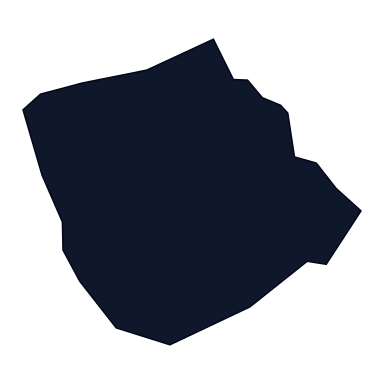 Kikwit, Bandundu, Democratic Republic of the Congo
{"feature_id": "63176286B32367911689095", "entity_name": "Kikwit", "entity_type": "district", "adm_level": 2, "iso_a3": "COD", "parent_name": "Democratic Republic of the Congo", "parent_adm1": "Bandundu", "projection": "albers", "projection_center": [18.807, -5.057], "detail": "fine", "context": "isolated", "style": "filled", "palette": "ink", "viewbox_px": 384, "rotation_deg": 0, "n_neighbors": 0, "source": "geoboundaries", "source_scale": "gbopen_adm2", "svg_char_len": 429}
<svg xmlns="http://www.w3.org/2000/svg" viewBox="0 0 384 384"><path d="M116.2,327.9L169.9,344.8L249.9,306.9L307.2,261.3L326.2,264.3L361.0,210.9L336.2,188.5L316.3,163.1L294.5,156.9L290.8,132.9L287.8,113.1L280.7,105.3L262.4,97.7L247.5,80.1L233.4,79.5L213.4,39.2L146.7,70.1L82.3,83.0L40.5,94.1L23.0,109.8L42.1,175.3L62.4,222.0L62.7,236.3L63.0,250.1L79.7,281.2L116.2,327.9Z" fill="#0f172a" stroke="#020617" stroke-width="1.5"/></svg>